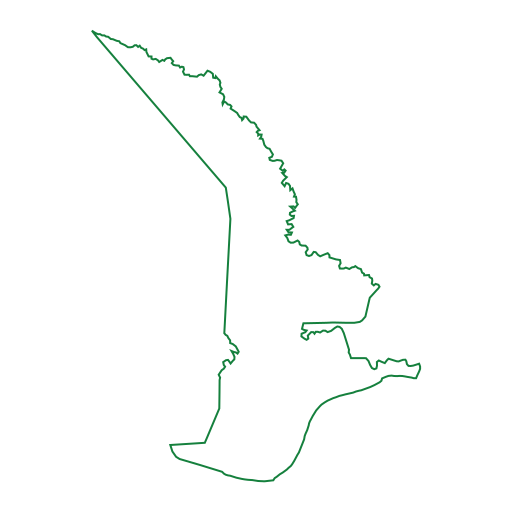 Curuá, Pará, Brazil (Albers equal-area conic projection)
{"feature_id": "56859067B85685646655485", "entity_name": "Curuá", "entity_type": "district", "adm_level": 2, "iso_a3": "BRA", "parent_name": "Brazil", "parent_adm1": "Pará", "projection": "albers", "projection_center": [-55.089, -1.793], "detail": "fine", "context": "isolated", "style": "outline", "palette": "green", "viewbox_px": 512, "rotation_deg": 0, "n_neighbors": 0, "source": "geoboundaries", "source_scale": "gbopen_adm2", "svg_char_len": 4904}
<svg xmlns="http://www.w3.org/2000/svg" viewBox="0 0 512 512"><path d="M91.9,30.7L96.9,37.1L170.3,122.8L225.8,187.6L227.6,199.4L230.4,218.8L227.1,280.2L224.5,329.7L224.3,333.2L225.7,334.9L227.3,335.8L228.4,338.1L230.1,340.3L230.2,343.1L232.7,344.0L235.8,346.4L238.7,351.8L237.5,353.6L236.1,352.5L233.9,352.0L231.5,351.0L233.2,353.9L234.5,356.9L234.3,359.4L233.0,360.6L230.6,363.5L229.4,361.7L228.0,359.9L226.0,360.2L223.2,362.1L223.8,365.0L225.1,366.7L223.8,368.7L221.7,370.2L218.7,374.7L220.1,377.6L219.6,380.0L219.5,392.1L219.3,408.5L207.0,437.7L204.8,442.8L170.3,445.0L172.4,451.5L176.1,456.8L179.6,459.0L199.7,464.9L222.1,471.8L224.0,473.7L225.7,474.7L228.0,475.4L230.1,475.7L236.4,477.7L241.8,478.9L244.7,479.4L248.0,479.8L252.5,480.1L258.1,481.0L262.3,481.2L264.5,481.3L268.9,480.8L273.3,480.3L274.7,478.1L276.7,476.8L279.8,474.3L282.8,472.5L286.9,469.5L288.5,467.9L290.8,466.0L292.1,464.3L294.2,460.9L297.5,454.7L298.9,452.5L304.1,439.4L304.7,436.0L305.6,433.6L307.2,430.1L308.7,425.4L309.1,423.3L309.9,421.3L310.9,419.5L312.8,415.9L316.2,410.4L319.9,406.2L321.5,404.6L324.7,402.4L327.7,400.6L329.5,399.8L333.3,398.1L335.8,397.3L339.4,395.9L342.7,395.1L345.3,394.4L353.2,392.6L356.0,391.5L359.1,390.7L361.2,390.3L368.1,387.8L370.3,387.0L374.4,385.1L379.6,382.3L381.4,380.8L382.1,378.4L385.9,376.8L388.5,375.9L391.6,375.6L394.1,376.0L397.4,376.1L399.3,375.9L402.3,376.0L404.8,376.4L407.4,376.9L411.7,377.6L413.7,378.2L416.1,378.2L417.3,375.3L419.1,371.5L420.1,368.9L420.1,366.5L419.1,363.7L416.7,364.5L413.2,365.6L410.6,366.0L408.5,365.9L406.9,364.1L406.3,361.2L405.4,359.7L403.0,359.8L401.0,360.5L398.7,361.4L396.8,361.3L394.8,360.7L388.5,358.7L386.8,360.4L384.8,363.1L381.6,361.8L378.8,360.5L376.9,362.0L377.0,365.7L376.4,368.4L374.3,369.2L371.9,368.0L370.1,364.9L368.5,361.0L366.0,358.2L363.0,358.1L351.0,358.1L349.9,354.6L348.7,352.5L349.0,349.7L343.8,333.1L341.8,328.8L339.6,326.9L337.3,326.5L334.9,327.9L331.1,330.9L327.6,332.1L325.4,330.7L323.0,330.6L320.1,332.5L317.8,331.8L315.8,331.8L314.5,333.7L313.4,332.2L311.2,332.1L307.8,335.6L308.3,338.6L306.6,339.8L304.4,338.6L301.4,336.4L301.6,333.7L305.3,332.2L306.6,330.5L303.9,329.9L302.0,328.9L303.4,323.3L326.5,322.8L332.9,322.5L346.1,322.8L354.3,322.8L359.8,321.9L362.1,320.4L365.4,316.6L369.3,299.7L369.8,297.7L376.8,290.0L378.1,288.7L379.5,286.7L378.4,284.8L375.6,283.9L373.8,285.4L371.8,283.6L372.3,280.7L372.0,278.5L369.6,277.2L369.0,275.0L364.2,275.4L364.0,273.7L362.1,272.6L360.9,269.1L358.1,268.2L355.3,266.1L353.9,267.1L352.1,267.3L349.3,269.0L345.8,267.6L343.9,268.5L342.0,268.6L339.9,268.5L339.1,265.9L340.6,263.2L340.0,260.0L336.0,259.4L329.5,257.4L329.4,255.1L327.7,253.2L323.4,254.9L320.2,256.3L318.0,254.9L315.7,252.2L313.7,251.9L311.5,255.1L309.0,256.0L306.6,255.1L305.7,252.2L307.7,249.5L307.4,247.7L305.6,245.7L301.6,245.5L299.8,244.4L299.2,241.9L297.6,240.5L293.4,242.6L290.7,242.7L288.5,241.3L287.3,238.0L285.3,235.4L288.2,234.6L290.9,234.8L291.9,232.5L288.5,232.3L286.8,229.8L289.4,229.8L291.6,228.1L293.3,226.9L291.6,224.1L288.1,224.4L286.7,221.1L289.2,220.3L293.6,218.1L294.0,215.8L291.5,216.0L289.8,214.6L290.0,212.8L292.8,211.4L294.8,210.7L290.3,206.6L293.6,206.4L295.1,207.9L296.7,205.7L297.8,204.3L296.3,202.1L296.5,199.8L296.0,196.7L294.0,196.6L294.9,194.3L293.6,191.5L292.5,188.4L290.3,190.2L290.0,185.9L288.5,183.8L286.1,183.0L284.6,186.2L281.8,182.9L283.2,180.6L286.8,177.1L284.9,175.9L282.3,173.0L284.2,172.7L285.6,170.6L284.3,169.4L282.8,170.8L280.1,168.7L283.2,163.3L281.5,160.7L279.3,160.3L277.0,160.0L274.5,160.8L272.6,160.9L269.8,159.9L269.3,157.8L271.9,156.8L272.9,154.4L271.3,151.9L269.6,148.8L267.5,148.2L266.0,147.1L264.3,144.7L263.3,140.8L262.5,138.8L260.0,138.6L261.2,136.7L261.6,134.6L259.7,134.5L258.2,135.4L258.2,133.6L256.7,132.1L257.9,130.8L259.5,130.2L256.5,126.6L256.1,124.9L254.1,122.7L251.0,122.4L249.0,120.4L246.3,116.7L243.7,116.5L243.5,118.6L242.1,120.1L241.5,117.8L239.8,117.1L238.1,114.7L237.2,113.0L234.8,111.3L230.6,108.6L231.5,106.4L230.1,104.9L227.7,104.4L226.2,102.7L224.2,101.4L222.7,104.3L222.4,102.4L223.9,99.5L224.3,96.9L223.1,94.3L219.5,92.4L221.7,88.8L220.4,86.9L219.8,84.6L220.4,82.8L219.6,80.4L217.9,78.8L215.8,76.3L215.4,78.1L213.2,77.7L212.8,73.8L210.2,71.8L207.5,70.7L203.6,75.7L201.2,74.4L198.8,75.1L197.0,76.7L192.3,76.2L189.9,76.2L189.0,74.7L186.7,74.8L184.5,74.7L183.0,71.7L184.0,69.4L183.4,67.1L181.8,66.7L180.1,67.5L178.9,65.6L175.7,65.4L173.5,64.9L171.8,63.1L173.2,61.2L171.8,59.6L170.5,57.8L167.0,58.2L165.2,59.4L164.3,60.8L162.5,59.9L159.2,62.0L158.0,60.4L155.7,58.9L153.1,59.4L151.5,58.7L151.5,56.5L148.6,56.4L146.4,51.9L146.2,49.4L144.6,50.1L143.0,48.6L141.1,47.8L139.7,45.7L138.1,46.9L136.4,45.2L134.6,45.3L132.8,46.8L130.4,47.3L127.9,47.2L125.1,45.2L120.4,43.1L119.3,41.3L116.7,40.8L112.9,39.2L110.8,39.0L108.2,36.8L106.0,36.5L104.4,35.4L102.1,35.4L100.0,34.1L98.2,34.2L96.5,33.5L94.8,32.6L91.9,30.7Z" fill="none" stroke="#15803d" stroke-width="2"/></svg>